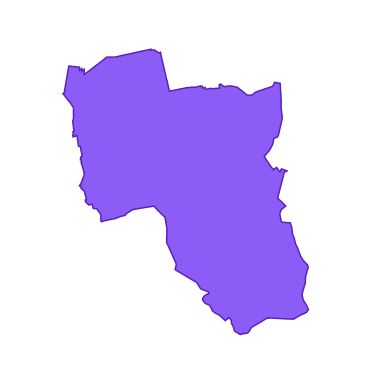 the district of Venustiano Carranza, Michoacán, Mexico, rotated 258°
{"feature_id": "50627088B62018556431099", "entity_name": "Venustiano Carranza", "entity_type": "district", "adm_level": 2, "iso_a3": "MEX", "parent_name": "Mexico", "parent_adm1": "Michoacán", "projection": "natural_earth1", "projection_center": [-102.661, 20.146], "detail": "fine", "context": "isolated", "style": "filled", "palette": "violet", "viewbox_px": 384, "rotation_deg": 258, "n_neighbors": 0, "source": "geoboundaries", "source_scale": "gbopen_adm2", "svg_char_len": 5751}
<svg xmlns="http://www.w3.org/2000/svg" viewBox="0 0 384 384"><g transform="rotate(258 192 192)"><path d="M48.1,204.5L46.9,205.0L46.3,205.3L46.0,206.0L45.6,206.5L43.0,208.9L42.6,209.8L42.6,211.3L42.6,211.9L42.9,212.6L43.2,213.1L42.7,213.5L42.6,214.2L42.4,215.1L42.4,215.7L42.4,216.0L42.5,216.5L42.6,217.2L43.0,217.9L43.6,218.7L44.3,219.5L45.7,220.5L46.6,221.4L47.2,222.0L47.9,224.4L51.5,234.8L53.0,239.0L52.9,239.5L53.0,239.9L52.7,240.3L52.6,240.8L52.9,241.1L52.6,241.6L52.6,241.8L52.4,242.8L51.7,245.2L49.6,253.0L47.9,259.3L46.5,265.0L48.3,270.2L49.5,274.3L49.5,275.2L49.7,276.4L50.1,277.2L50.2,278.0L50.5,279.1L51.4,279.9L52.8,281.5L54.1,281.1L56.1,280.7L57.6,280.4L59.0,279.9L60.2,279.6L61.0,279.1L62.4,278.6L63.9,278.4L65.1,278.3L66.4,278.3L67.3,278.3L68.3,278.4L69.7,278.8L71.0,279.3L72.4,280.0L73.7,280.8L75.9,281.9L77.3,282.7L78.8,283.6L79.7,284.0L80.6,284.2L81.8,284.5L84.8,285.2L86.5,285.9L89.1,287.4L90.2,287.8L93.6,289.7L94.4,290.0L95.3,290.1L95.7,290.1L96.4,289.9L98.9,288.5L100.1,287.7L101.3,287.1L102.6,286.3L103.5,286.0L104.9,285.5L107.1,284.8L109.0,284.5L113.5,283.9L115.4,283.6L116.7,283.3L117.5,283.1L118.4,282.9L119.3,282.6L120.2,282.5L121.6,282.4L123.5,282.4L126.0,282.4L126.9,282.2L128.9,281.7L129.6,281.6L136.9,282.2L141.5,281.7L142.1,279.0L142.9,276.7L144.1,273.2L145.3,273.2L148.5,273.2L151.0,273.3L152.2,273.3L152.8,273.5L153.2,273.6L154.3,274.5L155.5,275.2L156.4,275.9L156.6,276.1L156.8,276.8L158.8,280.8L159.1,280.6L163.7,277.6L166.4,275.7L168.2,274.5L187.3,284.0L191.0,285.8L192.2,286.3L192.3,287.4L192.4,288.3L192.6,289.0L192.9,289.4L193.0,289.3L196.0,284.3L195.1,283.5L193.4,282.3L193.8,281.8L198.4,280.0L197.4,276.5L197.4,276.4L196.1,276.5L203.2,273.3L211.7,270.0L216.6,276.4L221.5,280.6L227.5,283.3L227.7,285.6L228.1,286.9L229.1,288.1L245.5,295.7L256.2,296.7L262.9,298.3L280.0,300.8L282.1,295.7L278.6,292.9L278.5,291.8L276.4,274.5L275.3,273.1L274.4,270.2L275.2,266.5L275.4,266.0L276.2,265.3L280.4,262.0L284.9,258.2L287.2,253.3L287.9,251.3L288.4,245.5L290.6,243.0L291.5,242.8L291.4,240.9L289.5,240.7L288.0,240.5L288.2,237.9L288.4,236.7L288.8,233.9L288.9,233.1L289.5,232.0L289.6,230.1L289.5,229.1L289.5,228.7L289.5,227.3L289.5,226.9L291.5,226.7L291.5,226.1L291.5,225.7L291.5,224.8L291.5,224.3L293.3,224.1L293.3,222.7L294.0,222.5L293.8,220.6L294.0,220.1L293.9,218.9L293.7,217.4L294.6,213.2L294.7,212.3L294.8,209.6L295.1,209.5L295.3,190.8L307.1,190.7L307.4,190.5L311.1,190.5L312.3,190.5L314.5,190.5L314.8,190.4L317.4,190.4L319.9,190.4L322.4,190.4L322.5,190.3L324.9,190.3L327.5,190.2L330.1,190.2L332.6,190.2L335.2,190.3L335.1,189.8L335.1,189.0L335.2,188.3L337.6,185.8L337.8,185.7L339.0,184.4L339.0,181.6L340.2,181.6L340.2,178.8L340.2,177.4L340.2,175.9L340.2,174.5L340.2,173.1L340.2,171.7L340.2,170.3L340.2,168.9L340.2,167.5L340.2,166.1L340.1,164.7L340.1,161.8L340.1,160.4L340.1,159.0L340.1,157.6L340.1,156.2L340.1,154.8L340.1,153.5L340.1,152.1L340.1,150.6L340.0,149.2L340.0,147.8L340.0,146.4L340.0,144.3L340.2,143.5L340.7,141.3L341.6,136.8L341.6,136.5L340.4,134.2L339.2,131.8L337.9,129.1L337.8,128.8L336.5,126.4L336.0,125.0L335.4,123.8L334.3,121.5L334.2,121.3L333.0,118.8L331.9,116.6L331.7,116.1L330.6,113.7L329.4,111.1L331.9,111.6L334.4,112.1L333.9,110.7L333.3,109.7L333.1,109.4L335.7,109.9L334.4,107.3L337.0,107.8L337.5,107.9L339.1,102.9L339.3,102.2L340.2,99.8L340.8,97.7L338.7,96.8L336.6,96.0L335.5,95.6L334.5,95.2L332.4,94.3L330.2,93.5L328.1,92.6L326.1,91.8L325.9,91.7L324.9,91.3L323.9,90.9L321.8,90.1L319.6,89.2L317.5,88.4L315.2,87.4L315.1,86.3L313.6,87.0L311.6,87.9L309.4,89.0L307.4,89.9L306.9,90.1L306.1,90.6L306.1,90.9L305.9,91.0L303.4,91.9L300.6,93.0L299.6,93.4L299.0,93.6L298.6,93.5L297.6,93.3L297.3,93.2L296.3,93.0L295.6,92.8L294.6,92.6L290.6,91.8L288.6,91.4L286.0,90.0L283.3,89.8L280.9,89.6L278.3,89.3L275.9,89.3L275.7,88.0L273.1,88.2L272.8,87.2L270.6,87.1L270.8,89.1L271.1,91.2L270.6,91.2L265.0,90.8L262.4,90.6L260.5,90.5L260.0,90.8L260.1,92.3L257.5,92.2L257.4,92.2L256.5,92.0L254.8,92.1L252.2,92.1L249.6,92.0L249.4,90.4L246.8,89.6L246.8,90.2L244.2,90.2L244.1,89.7L241.8,89.9L239.4,90.1L239.2,90.2L234.3,90.4L231.7,90.2L231.3,90.2L226.2,86.9L223.8,85.5L221.6,83.3L221.3,83.2L221.4,84.3L218.9,84.7L218.8,84.3L218.0,84.8L216.4,85.9L215.2,86.9L214.9,86.9L214.0,86.9L211.4,87.0L209.0,87.1L208.8,87.2L206.3,87.2L206.4,85.9L206.0,85.9L204.3,86.0L201.7,87.7L200.8,88.2L200.7,89.8L200.7,91.9L198.2,91.9L196.6,91.9L196.2,92.7L195.8,94.0L195.4,95.1L195.0,95.5L192.9,96.4L191.5,97.0L189.7,97.8L188.8,98.1L187.0,97.8L183.9,97.1L181.8,97.0L182.0,100.3L182.1,104.9L182.1,108.5L181.9,111.2L182.0,111.9L182.3,113.4L183.0,116.8L183.0,121.5L184.6,123.5L187.1,130.5L186.7,140.3L186.1,151.8L182.7,153.8L182.4,154.1L181.1,154.8L177.7,157.0L177.4,157.2L173.0,160.3L164.3,160.0L163.0,160.0L161.8,159.9L159.1,159.3L158.9,159.2L156.5,158.8L152.6,157.7L149.0,157.0L147.8,156.7L146.9,156.9L141.3,158.2L137.0,159.1L126.2,161.4L124.5,161.5L123.3,161.1L122.0,160.5L120.3,159.6L119.7,159.4L119.2,159.7L117.6,161.4L114.7,164.6L108.6,171.1L105.5,174.6L102.6,177.7L101.0,178.3L98.5,179.3L96.1,180.1L95.3,180.6L93.7,183.0L91.4,186.6L90.5,187.4L89.7,187.5L88.9,186.9L88.8,186.3L88.9,185.8L88.9,185.2L88.7,184.7L88.4,183.7L88.0,182.9L87.7,182.4L87.3,181.8L86.8,181.2L86.2,180.8L85.8,180.5L85.4,180.3L84.9,180.1L84.5,180.0L84.2,179.9L83.9,180.0L81.6,181.2L80.4,181.7L79.8,182.5L79.7,182.7L79.2,183.3L78.4,184.6L78.0,185.1L77.7,185.4L76.8,185.8L75.9,186.3L74.3,186.7L73.0,187.0L71.9,187.1L71.3,187.4L70.6,188.0L69.5,188.9L68.8,189.6L68.1,190.3L67.9,190.6L67.4,191.2L66.5,192.3L65.8,193.0L64.2,194.3L63.1,195.2L62.0,195.9L61.0,196.6L60.3,197.1L59.7,197.6L59.3,197.8L60.8,200.8L61.7,201.4L60.5,202.4L59.4,203.3L57.9,203.7L56.9,203.6L56.1,203.3L54.7,203.4L52.9,204.1L50.2,204.5L48.1,204.5Z" fill="#8b5cf6" stroke="#5b21b6" stroke-width="1.5"/></g></svg>